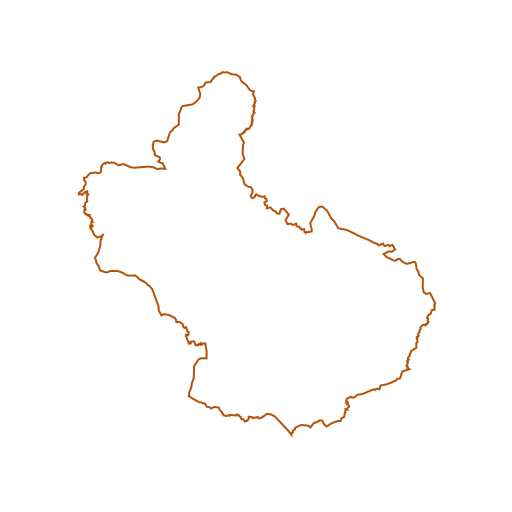 Pak Thong Chai, Nakhon Ratchasima, Thailand, rotated 70°
{"feature_id": "78962969B86038514919301", "entity_name": "Pak Thong Chai", "entity_type": "district", "adm_level": 2, "iso_a3": "THA", "parent_name": "Thailand", "parent_adm1": "Nakhon Ratchasima", "projection": "orthographic", "projection_center": [101.937, 14.672], "detail": "fine", "context": "isolated", "style": "outline", "palette": "amber", "viewbox_px": 512, "rotation_deg": 70, "n_neighbors": 0, "source": "geoboundaries", "source_scale": "gbopen_adm2", "svg_char_len": 6135}
<svg xmlns="http://www.w3.org/2000/svg" viewBox="0 0 512 512"><g transform="rotate(70 256 256)"><path d="M414.8,150.7L413.2,152.0L412.0,151.9L411.9,151.4L410.6,152.2L409.4,150.5L408.2,150.4L408.0,149.7L407.0,149.4L406.2,149.7L405.7,148.0L404.9,148.6L403.4,147.8L402.8,146.0L400.8,145.2L400.9,144.7L398.2,142.6L397.1,136.7L392.7,135.2L392.2,133.9L390.5,133.1L388.2,133.2L387.9,132.1L387.0,132.2L387.2,131.3L386.2,130.4L385.4,130.7L384.2,129.9L383.4,128.2L381.8,127.8L380.7,126.1L379.3,126.0L378.0,123.4L378.2,120.9L379.1,120.4L378.3,119.8L378.5,118.5L377.8,118.3L377.6,117.0L376.7,116.4L375.7,117.0L373.8,115.8L372.8,116.5L371.3,115.5L370.1,113.4L370.4,112.9L369.8,111.4L367.0,109.3L367.5,106.5L365.0,105.9L364.4,105.2L363.3,105.5L361.7,103.8L350.3,105.1L349.9,109.0L347.6,110.7L342.5,110.1L334.2,106.8L329.8,109.1L326.4,108.9L323.0,109.5L317.6,108.3L316.1,108.7L315.5,109.9L315.1,116.5L314.6,117.4L311.8,120.2L308.2,121.8L307.3,123.1L308.1,126.6L307.2,128.3L301.5,133.7L297.8,135.4L297.0,130.0L298.5,126.7L297.3,122.9L292.2,124.1L292.4,127.2L291.0,127.5L290.5,131.9L287.6,132.4L288.1,137.0L286.0,138.0L283.8,140.9L280.4,143.7L272.4,152.3L264.2,160.1L262.3,162.2L258.1,169.2L250.4,170.6L246.1,172.5L238.1,173.6L232.3,176.7L231.5,179.3L232.0,181.2L235.5,185.6L238.3,187.5L243.8,193.9L249.7,194.5L252.0,195.3L251.0,200.4L251.4,201.2L250.5,201.2L250.3,202.2L247.1,201.6L247.0,204.1L245.6,204.2L245.3,205.1L243.5,205.2L242.0,207.6L239.3,207.3L239.6,209.8L239.3,210.8L237.7,211.9L236.7,215.6L232.2,215.9L228.5,211.0L220.9,213.8L220.6,216.6L224.4,219.6L223.6,220.9L222.2,222.3L220.9,222.3L218.7,224.5L216.2,225.3L215.1,226.3L215.0,229.5L212.6,228.4L211.4,229.9L208.6,229.9L208.0,227.0L206.0,226.8L204.7,227.9L203.1,227.4L202.1,230.9L200.7,231.9L200.4,233.2L198.2,234.5L198.2,235.3L200.1,237.2L200.4,239.2L199.7,240.2L197.6,240.3L195.2,237.6L192.0,236.5L189.4,237.4L188.3,239.6L184.8,242.2L177.6,241.7L174.2,243.2L172.3,242.2L170.5,242.1L167.0,243.4L160.8,233.7L155.1,233.6L147.6,230.4L145.3,228.5L136.3,230.0L136.7,228.0L135.9,226.5L136.3,225.9L135.6,225.4L135.5,224.0L134.9,224.2L134.0,222.8L134.0,221.6L133.5,221.8L133.2,221.3L134.0,220.8L133.5,220.1L134.1,218.9L131.9,216.4L131.8,215.3L130.8,215.4L130.0,214.1L128.0,214.1L127.8,212.9L127.0,212.4L126.1,212.9L123.9,211.8L123.1,212.0L122.0,209.9L120.8,209.2L120.7,208.3L118.9,208.8L117.7,207.4L115.8,207.3L115.2,206.7L114.5,207.1L114.5,206.0L113.2,206.4L112.3,205.0L111.0,204.9L110.5,203.4L109.8,203.1L108.4,203.7L107.4,202.9L103.3,203.6L100.5,201.7L99.1,204.1L97.4,205.2L91.8,206.7L86.9,209.9L84.2,210.2L82.8,209.8L80.0,211.6L78.7,212.7L77.1,216.6L73.6,220.0L72.7,223.1L71.7,224.5L72.6,227.0L72.2,228.5L73.4,232.9L73.1,234.0L74.6,235.3L74.7,236.1L77.0,239.2L75.7,243.9L78.2,247.0L78.6,250.0L78.0,252.7L85.0,253.0L88.2,255.1L90.7,259.7L91.8,263.8L90.1,273.5L90.5,274.8L96.4,280.0L106.2,283.6L107.7,289.6L109.3,291.6L110.5,294.6L117.4,300.0L118.0,302.0L117.7,303.6L113.6,309.8L113.6,312.9L116.4,315.0L120.0,316.2L124.3,315.8L126.6,316.6L130.4,312.7L132.2,313.1L133.9,315.6L137.1,311.9L143.1,311.5L141.3,315.2L140.6,318.9L137.5,322.2L135.3,326.2L131.3,340.6L129.5,343.7L124.2,349.1L123.8,354.1L119.8,357.4L118.6,360.0L118.5,362.2L117.2,363.2L117.1,365.5L117.6,366.0L116.9,366.4L117.5,369.1L119.7,370.6L119.6,371.1L123.9,372.9L124.4,373.9L124.2,375.8L122.7,378.0L121.5,383.1L122.3,385.6L124.1,388.3L123.7,390.9L126.3,391.6L127.6,390.8L128.9,390.9L130.5,391.7L132.3,394.2L134.2,394.9L135.9,400.3L136.9,401.5L137.5,401.4L137.8,399.8L139.3,398.3L138.0,396.6L137.3,394.1L137.4,392.6L138.1,392.5L139.4,394.0L140.6,392.5L141.7,394.2L143.3,394.4L144.2,395.5L147.0,395.8L147.6,398.4L149.7,399.3L150.5,401.0L152.0,400.1L153.2,400.2L153.4,400.8L154.0,400.3L154.4,401.6L156.1,402.5L159.0,401.5L158.9,400.8L160.1,400.4L159.9,399.4L160.6,398.5L161.2,399.3L162.0,398.3L163.8,398.5L165.2,397.4L166.8,397.8L167.4,398.6L168.1,398.1L168.0,399.2L169.2,399.7L172.0,399.1L172.2,400.1L170.8,401.3L172.0,401.9L173.4,402.2L173.6,401.3L175.6,401.6L176.8,400.9L180.4,401.0L184.3,398.9L184.5,395.5L184.0,393.0L188.5,396.8L193.5,399.0L198.9,403.1L202.5,407.8L208.8,408.2L211.3,407.3L216.1,407.5L220.0,402.8L220.5,400.8L220.2,398.2L222.6,391.5L225.2,387.9L230.4,383.6L233.2,375.8L238.7,373.1L239.3,371.9L240.7,371.4L241.3,370.1L242.7,369.7L243.7,368.3L246.1,367.8L247.7,366.3L251.8,364.8L269.7,364.8L274.0,366.0L279.6,365.1L279.1,362.7L281.7,357.8L286.7,353.4L288.7,352.9L290.7,353.5L291.9,350.5L294.5,348.3L298.4,348.5L299.1,347.7L298.7,347.1L299.2,346.0L303.9,346.2L304.9,345.3L307.3,346.9L306.0,348.8L307.2,349.2L315.5,349.0L315.8,347.2L314.1,346.9L314.9,343.5L319.2,343.2L319.2,342.2L319.9,341.7L319.3,340.3L319.9,340.1L319.6,339.3L320.3,338.5L319.5,338.1L320.2,337.6L319.2,337.3L319.5,336.9L320.1,337.1L320.7,333.6L328.4,334.9L335.3,337.5L333.1,343.1L333.9,346.0L338.3,351.8L349.5,356.3L353.9,360.0L356.8,361.4L361.8,365.8L363.5,366.2L364.6,367.1L369.4,363.5L374.3,359.1L374.9,357.4L376.4,356.2L377.2,354.4L380.8,353.8L382.2,351.3L383.9,350.6L383.6,346.7L385.7,342.8L388.4,342.7L391.4,341.4L392.5,341.6L392.9,340.9L394.6,340.9L396.1,338.9L396.6,336.2L396.2,335.7L397.1,335.0L396.7,334.2L399.0,329.5L398.3,328.7L398.6,327.6L399.6,327.5L400.0,326.5L401.1,326.4L402.0,325.4L404.5,325.4L405.1,323.8L407.7,323.1L407.9,320.4L407.2,320.3L406.6,318.5L404.7,318.0L404.6,317.5L406.4,314.5L407.3,314.5L407.9,309.3L409.3,309.3L409.7,308.4L409.8,305.8L408.1,299.9L409.8,296.3L413.0,293.3L430.1,285.9L435.8,283.9L434.4,283.6L434.7,282.0L432.7,281.0L432.2,278.7L430.8,278.0L430.2,271.5L433.4,264.7L435.7,263.6L432.5,258.2L433.1,256.2L432.2,252.4L433.2,250.1L437.7,249.5L440.3,248.0L439.1,242.5L439.0,235.4L440.0,233.0L437.7,231.2L437.4,228.2L433.6,226.1L433.5,225.5L431.8,225.1L431.3,223.8L430.7,223.9L431.5,222.7L430.8,222.7L429.9,221.7L429.5,220.0L425.1,220.0L425.7,220.9L424.5,220.6L424.4,221.3L423.4,220.3L422.8,220.6L421.2,219.5L420.7,214.9L421.8,214.1L422.5,212.4L421.2,208.0L422.1,202.9L421.5,191.8L421.7,190.6L422.6,190.1L422.0,187.8L423.5,185.7L420.8,183.8L420.3,182.6L421.3,177.6L421.2,170.5L420.7,169.8L421.1,167.8L419.7,165.0L420.4,162.7L414.6,158.1L414.8,150.7Z" fill="none" stroke="#b45309" stroke-width="2"/></g></svg>